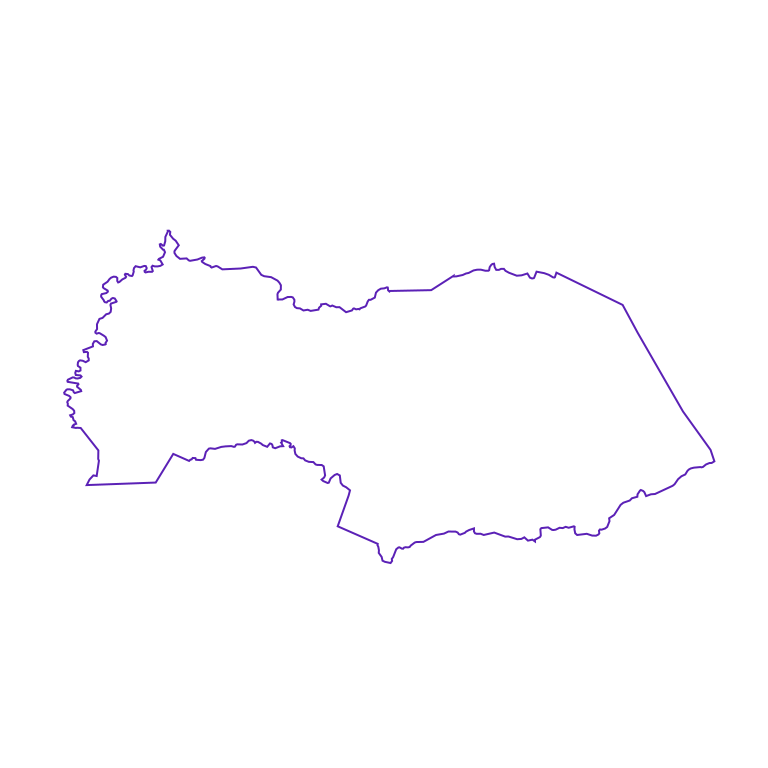 the district of Candelaria Loxicha, Oaxaca, Mexico, rotated 263°
{"feature_id": "50627088B4271549449183", "entity_name": "Candelaria Loxicha", "entity_type": "district", "adm_level": 2, "iso_a3": "MEX", "parent_name": "Mexico", "parent_adm1": "Oaxaca", "projection": "robinson", "projection_center": [-96.515, 15.9], "detail": "fine", "context": "isolated", "style": "outline", "palette": "violet", "viewbox_px": 768, "rotation_deg": 263, "n_neighbors": 0, "source": "geoboundaries", "source_scale": "gbopen_adm2", "svg_char_len": 6089}
<svg xmlns="http://www.w3.org/2000/svg" viewBox="0 0 768 768"><g transform="rotate(263 384 384)"><path d="M267.0,702.5L278.8,700.1L320.3,677.4L404.0,642.0L433.4,630.5L473.5,568.7L469.1,566.6L468.9,566.0L469.3,564.7L472.3,560.9L474.5,556.5L476.9,549.1L471.2,546.0L470.8,545.6L470.7,543.8L471.8,541.8L476.2,539.8L475.1,533.8L475.3,529.0L479.2,521.6L481.5,518.4L483.7,517.0L484.0,514.2L483.3,512.0L483.6,509.3L486.6,508.1L490.0,507.9L489.9,506.2L488.9,504.7L487.0,503.1L484.1,502.2L483.7,501.4L484.1,498.3L485.7,494.0L486.1,490.3L485.8,486.7L483.9,481.5L483.7,478.9L482.6,475.4L482.0,468.8L482.3,465.6L482.7,465.8L471.4,442.3L475.6,401.3L475.1,400.7L476.5,399.5L479.3,399.5L479.6,398.7L478.9,396.0L479.0,392.5L477.8,389.7L475.7,387.2L470.9,385.4L469.2,381.0L469.4,379.3L467.9,377.9L464.0,375.8L463.2,374.8L462.0,369.7L461.1,368.8L461.6,367.7L461.5,365.4L462.7,363.4L462.5,362.6L460.9,361.1L459.9,355.1L465.7,349.2L466.0,346.0L468.2,342.2L467.6,340.4L467.8,339.8L470.7,336.1L470.7,331.3L469.3,331.2L467.7,328.9L465.8,328.0L465.5,320.1L467.0,317.3L466.8,313.0L469.3,309.8L469.9,306.8L471.3,305.0L474.0,304.0L476.6,305.1L478.6,305.3L481.1,304.0L481.7,302.6L482.1,299.0L480.3,293.5L480.8,289.2L480.0,288.7L486.1,289.2L487.5,289.9L490.3,293.1L494.6,293.7L497.3,292.5L499.6,290.9L503.8,285.0L505.6,278.2L507.3,275.5L515.2,271.2L516.3,268.2L516.1,255.8L517.5,237.5L521.0,233.2L521.6,231.7L520.6,227.1L521.3,226.3L522.2,226.1L524.9,221.2L527.3,218.4L528.2,218.1L530.2,221.0L531.1,221.4L531.6,221.1L531.6,218.8L530.3,214.0L529.9,206.5L530.5,205.3L532.7,203.4L533.1,196.8L536.3,193.6L539.6,192.0L541.3,192.2L542.2,192.9L546.7,197.2L551.6,194.7L553.9,192.4L558.2,189.7L561.0,190.4L562.4,189.3L562.5,188.0L561.6,188.0L556.6,184.9L552.4,184.3L548.3,182.6L548.2,181.5L550.2,179.5L549.9,178.5L547.6,178.6L544.2,181.1L544.1,181.9L541.5,182.7L537.2,180.2L535.6,175.8L534.9,175.2L533.8,177.1L529.6,178.9L528.5,176.4L528.3,173.5L528.7,170.7L529.6,168.7L528.4,167.5L524.3,168.3L523.6,167.4L524.1,164.1L523.8,160.9L524.4,160.2L525.5,160.1L526.6,161.9L528.0,162.6L530.1,161.9L530.4,160.4L529.5,156.3L531.2,151.8L529.5,150.0L527.3,149.2L526.0,149.3L522.4,147.7L521.9,147.0L522.7,144.5L524.3,143.2L524.9,140.7L524.1,140.1L521.8,141.1L520.9,140.3L519.7,137.0L517.5,133.8L517.2,132.5L518.8,131.8L521.7,132.2L523.0,131.0L523.5,128.7L522.8,126.1L521.5,124.2L519.2,122.1L516.8,117.4L514.4,116.8L513.4,117.3L510.4,121.1L509.3,121.2L508.1,119.5L507.6,114.8L506.6,114.1L505.1,113.9L501.2,116.1L500.1,116.3L499.2,117.0L498.7,118.7L500.1,120.4L500.0,121.9L501.9,123.9L502.4,125.4L501.7,127.2L498.6,128.7L498.2,128.4L497.1,122.8L495.8,122.1L492.3,122.4L488.9,121.5L487.4,119.5L487.1,116.8L483.9,112.7L483.3,109.5L478.3,106.4L473.5,105.9L471.2,103.9L470.1,103.8L469.0,104.9L469.4,107.1L469.0,108.1L466.1,111.8L464.5,113.4L460.8,114.4L458.7,112.6L457.5,112.7L457.2,112.2L457.0,109.5L457.8,107.8L461.6,104.1L461.7,101.7L459.3,99.9L456.8,99.7L454.3,89.7L452.2,90.0L452.1,93.1L451.1,94.0L447.1,93.3L445.3,94.0L443.4,93.8L442.0,90.6L443.8,87.8L444.5,85.2L444.0,84.0L442.8,82.9L440.3,82.3L439.2,82.4L437.2,84.7L434.4,84.4L433.7,82.6L434.6,79.8L432.6,78.9L430.5,79.2L429.5,83.8L428.2,84.7L427.1,83.3L426.8,80.5L427.2,78.6L428.2,77.3L428.5,75.8L426.8,70.8L425.7,70.1L424.7,70.3L421.7,80.5L421.0,80.7L419.5,79.1L418.6,79.1L415.1,82.4L413.8,82.6L412.7,76.0L413.6,75.1L415.6,74.6L417.0,71.6L417.3,69.1L417.0,68.1L414.4,65.5L413.0,65.7L410.6,70.0L409.0,71.3L407.9,71.0L405.6,68.0L404.6,67.4L403.0,67.8L401.1,67.4L397.0,72.0L395.2,73.2L392.9,73.1L391.7,71.4L391.2,68.7L389.8,69.2L389.1,71.0L385.9,71.5L384.6,72.9L382.0,73.6L381.5,71.3L380.7,71.0L380.7,70.1L379.1,69.2L377.9,72.9L378.0,73.9L377.3,77.6L352.9,92.4L344.4,91.2L342.6,91.7L327.7,87.6L328.7,84.4L325.1,80.1L319.9,76.6L314.0,145.4L340.3,166.3L331.4,181.2L332.5,182.6L332.6,183.8L333.9,185.1L333.4,187.8L331.7,188.2L330.8,192.7L330.9,195.1L332.5,196.7L338.2,198.9L341.2,202.3L341.3,203.9L340.2,208.4L341.4,214.9L341.4,219.2L341.0,224.8L339.9,227.4L340.0,228.4L341.7,229.8L342.0,231.0L341.2,236.1L342.1,240.3L344.2,242.9L344.5,245.5L343.8,247.1L342.6,248.3L341.3,248.8L342.2,250.3L341.9,251.9L339.7,254.9L338.2,256.2L335.9,260.4L338.9,263.6L338.2,265.1L336.9,265.8L334.7,265.9L333.5,268.2L334.8,273.3L334.6,276.3L338.2,274.8L338.3,275.4L340.6,275.7L340.7,276.4L336.8,283.5L336.0,284.1L334.6,283.8L333.8,282.7L332.7,283.0L332.3,284.4L333.3,286.5L331.0,287.6L328.9,287.2L325.4,287.5L322.5,289.5L320.4,292.8L320.0,295.0L317.8,296.4L315.9,299.9L315.1,304.4L312.5,306.3L311.8,307.9L311.2,312.3L309.6,314.1L300.5,314.4L298.5,313.2L296.7,310.4L295.1,311.8L292.6,316.0L292.8,317.2L296.8,319.5L299.7,323.9L300.4,326.5L298.6,329.0L291.2,329.0L288.2,330.8L286.1,333.9L282.6,337.3L277.6,335.3L248.4,320.7L226.1,358.3L224.8,357.9L223.1,358.5L219.5,358.7L217.0,358.2L212.6,360.6L208.8,361.0L207.4,363.2L205.5,368.7L207.4,370.5L209.4,370.4L211.1,372.0L218.5,376.0L220.0,378.4L220.0,379.5L218.4,381.7L218.2,382.9L219.1,383.8L219.4,385.4L218.9,387.9L219.1,389.6L220.4,390.9L222.9,395.2L223.2,396.8L222.5,403.9L227.8,417.2L228.2,425.3L229.7,429.9L228.8,437.0L227.6,439.0L225.8,440.0L225.2,441.3L226.4,446.1L227.5,447.5L228.7,450.7L229.7,455.7L226.7,455.3L224.8,456.1L224.0,457.7L223.6,461.6L222.0,464.6L223.1,475.3L217.8,485.6L217.4,489.1L213.7,497.3L213.5,501.5L214.7,504.6L211.0,507.8L211.4,512.4L209.3,514.7L211.1,514.9L213.0,520.0L213.7,520.7L214.6,521.2L220.8,521.5L221.8,522.6L221.7,529.4L218.7,533.1L218.4,534.5L218.5,536.7L219.9,540.7L219.2,543.9L220.1,546.9L218.8,549.8L219.6,555.1L219.1,555.8L216.5,555.3L212.5,555.6L210.6,557.3L210.6,567.0L208.2,572.1L207.6,576.0L208.5,578.5L209.5,579.5L212.2,579.5L213.3,580.6L212.9,582.2L213.6,585.8L214.9,588.1L220.4,591.1L223.3,591.1L226.0,596.5L235.2,604.1L237.0,607.1L238.4,613.7L240.4,616.2L241.2,621.7L243.6,622.2L247.0,625.1L247.5,626.0L246.3,628.1L245.0,629.2L240.8,630.5L242.0,635.5L241.8,639.6L247.8,658.1L249.1,660.2L253.7,664.3L256.2,668.0L257.5,672.0L260.8,674.6L262.0,676.2L262.8,678.2L263.2,681.4L263.0,687.8L262.6,689.0L262.8,690.5L264.9,693.8L265.9,697.4L265.7,699.6L267.0,702.5Z" fill="none" stroke="#5b21b6" stroke-width="2"/></g></svg>